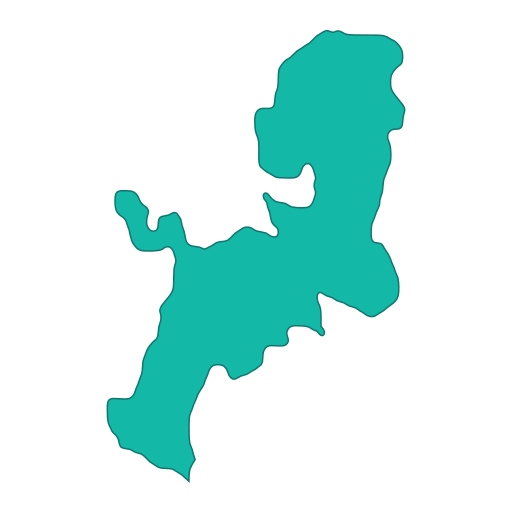 the district of Villa Tabara Arriba, Azua, Dominican Republic
{"feature_id": "3306468B57701305571020", "entity_name": "Villa Tabara Arriba", "entity_type": "district", "adm_level": 2, "iso_a3": "DOM", "parent_name": "Dominican Republic", "parent_adm1": "Azua", "projection": "equal_earth", "projection_center": [-70.922, 18.486], "detail": "fine", "context": "isolated", "style": "filled", "palette": "teal", "viewbox_px": 512, "rotation_deg": 0, "n_neighbors": 0, "source": "geoboundaries", "source_scale": "gbopen_adm2", "svg_char_len": 6075}
<svg xmlns="http://www.w3.org/2000/svg" viewBox="0 0 512 512"><path d="M379.4,205.3L379.9,199.8L382.4,191.6L383.3,182.7L383.9,179.0L386.2,173.2L387.7,169.0L389.7,164.3L390.3,162.1L390.7,159.6L390.9,154.5L390.5,148.0L389.8,144.4L387.8,138.8L387.6,136.7L387.9,134.4L388.2,133.5L389.3,131.8L391.3,130.1L393.2,129.4L398.7,128.9L400.4,128.1L401.1,127.5L401.6,126.7L402.3,124.8L403.3,116.1L404.7,110.5L404.6,108.6L404.3,107.6L402.8,104.9L394.8,94.9L392.4,91.3L391.1,88.1L390.7,85.7L390.6,83.4L390.6,79.7L390.9,77.4L391.5,75.1L392.4,73.1L393.5,71.4L395.4,69.1L397.4,67.0L400.7,64.4L401.8,62.8L402.3,60.8L402.7,57.5L402.5,54.0L402.2,51.6L401.4,49.5L400.5,47.6L398.6,45.0L396.6,42.8L394.4,41.0L391.0,39.3L386.7,36.7L382.9,35.6L378.8,35.2L354.7,35.0L349.5,34.8L345.5,34.1L340.8,31.6L338.4,30.9L336.8,31.1L334.0,32.1L332.6,32.3L327.7,30.7L326.0,30.8L323.6,31.7L317.4,35.5L315.8,36.8L309.8,42.8L305.0,45.8L301.3,48.4L297.2,50.9L290.4,57.4L286.3,59.9L284.8,61.2L281.9,64.4L280.1,67.2L279.1,69.3L278.8,70.6L278.4,74.3L278.2,82.0L277.9,85.8L277.5,88.3L275.8,93.2L275.3,95.3L274.5,103.0L274.1,105.0L273.7,105.9L272.5,107.4L270.8,108.1L269.1,108.4L262.3,108.4L259.4,109.2L257.9,110.3L256.7,111.8L255.7,113.7L255.4,114.8L255.0,117.1L254.8,119.5L255.0,127.4L255.6,131.3L256.2,133.5L258.0,138.4L258.7,142.2L258.9,147.4L258.8,159.4L259.0,161.9L259.7,165.3L260.7,167.0L264.7,170.4L266.9,172.0L270.2,173.8L274.8,176.6L276.7,177.3L279.8,177.7L289.3,178.0L292.4,177.9L294.5,177.7L296.4,177.1L297.3,176.7L298.7,175.5L300.4,173.2L302.6,167.4L303.6,165.8L305.7,164.0L306.5,163.7L308.3,163.6L309.2,163.9L310.8,165.0L312.5,167.4L313.3,169.3L315.3,176.1L315.6,178.0L315.5,178.9L314.3,183.3L314.1,185.3L314.3,187.4L315.5,191.8L315.5,193.7L315.1,195.5L313.2,201.3L311.8,204.0L310.6,205.5L309.1,206.7L307.3,207.4L302.6,207.8L297.7,207.7L292.1,207.0L290.3,206.3L286.5,204.1L284.8,203.3L277.8,202.1L275.8,201.5L273.4,200.0L270.6,197.4L268.3,194.4L267.1,193.4L265.6,193.0L264.8,193.2L264.0,193.8L263.5,194.8L263.3,195.8L263.6,197.8L264.4,199.4L266.7,202.3L267.6,206.8L269.7,212.7L271.0,219.4L271.6,221.5L272.5,223.3L273.7,224.8L277.3,228.1L278.0,229.9L278.3,231.8L278.2,233.8L277.8,234.8L277.3,235.7L276.6,236.4L275.8,236.8L274.2,237.0L271.7,236.5L270.0,235.8L267.1,233.7L265.5,232.9L256.3,230.9L254.7,230.1L251.7,228.2L250.1,227.5L248.2,227.1L245.5,227.2L242.9,228.1L236.0,232.6L234.4,233.9L230.0,238.5L227.5,240.3L224.9,241.2L219.3,241.9L217.5,242.3L215.9,243.0L212.1,245.5L205.4,248.9L203.9,249.0L199.5,247.2L191.3,245.9L188.8,244.6L187.5,243.3L186.4,241.6L185.7,239.5L184.2,231.8L182.2,225.9L180.7,219.1L177.2,213.8L176.6,213.2L175.2,212.6L174.4,212.5L172.8,212.9L168.4,215.1L161.8,216.5L160.2,217.3L159.0,219.0L158.5,221.0L157.9,227.4L157.1,229.4L156.4,230.1L154.9,231.0L153.2,231.2L151.4,230.8L149.8,229.9L148.5,228.4L147.5,226.6L146.8,224.4L146.6,222.1L146.8,218.7L148.4,212.4L148.4,211.5L148.0,209.7L146.6,207.5L143.2,205.0L141.3,203.0L139.8,200.6L137.7,195.9L136.5,194.3L134.4,192.4L132.5,191.5L130.4,191.0L126.2,190.7L122.1,190.7L120.1,190.9L118.3,191.4L117.4,191.9L116.6,192.6L116.0,193.6L115.6,194.6L115.2,196.9L115.0,200.5L115.1,204.3L115.4,206.8L115.9,209.2L116.7,211.4L118.4,213.8L119.7,215.0L123.4,217.6L125.3,219.8L126.2,221.5L127.9,226.7L129.2,230.1L129.7,233.1L131.6,240.4L133.1,243.5L135.1,246.2L137.3,248.6L139.0,249.7L141.9,250.7L144.8,250.9L151.9,251.0L158.9,250.4L160.7,249.9L162.4,249.1L165.2,247.3L166.9,246.8L167.7,246.7L169.5,247.1L171.0,248.1L172.3,249.5L173.3,251.3L175.7,258.9L175.9,260.8L175.6,262.7L174.3,267.4L174.0,269.8L173.5,286.4L172.8,290.1L171.3,293.2L169.4,296.0L162.4,304.6L161.2,306.4L160.0,309.3L159.9,311.2L160.9,315.5L161.0,318.7L160.7,320.7L158.9,326.6L158.0,334.5L157.6,336.5L156.8,338.4L156.3,339.1L152.9,342.1L150.1,345.2L148.2,347.9L147.1,349.9L143.7,358.9L143.1,361.0L142.8,363.3L142.3,370.4L141.7,373.8L139.5,379.7L138.1,383.9L136.1,388.6L134.3,393.6L133.3,395.3L132.0,396.8L130.5,397.9L128.7,398.7L124.8,399.0L113.0,398.5L110.3,399.1L108.8,400.2L108.3,401.1L107.6,403.2L107.3,406.7L107.5,416.9L108.1,421.9L109.1,425.1L112.1,431.3L113.2,432.7L116.3,435.7L117.8,438.1L118.5,440.0L119.7,444.9L120.6,446.6L121.2,447.2L123.5,448.2L129.6,449.3L131.3,450.0L135.2,452.2L140.5,453.8L142.2,454.6L144.6,456.5L149.8,461.8L158.4,467.3L161.3,468.1L169.4,468.6L171.4,468.9L173.3,469.5L181.9,474.9L188.9,481.3L189.2,473.7L189.5,471.3L190.0,469.1L191.7,465.3L195.1,459.5L193.6,454.9L192.1,449.4L189.9,443.5L189.5,441.1L189.1,436.1L189.0,425.8L189.2,419.5L189.6,415.8L190.3,413.6L192.2,408.9L193.6,404.7L196.1,399.1L197.7,394.9L198.7,392.9L203.4,385.3L205.7,379.1L207.7,374.4L209.1,370.3L210.1,368.5L211.3,367.0L212.8,365.8L213.6,365.4L216.4,364.7L220.1,364.8L222.8,365.5L224.4,366.6L226.3,368.8L227.2,370.6L229.0,375.4L230.7,377.6L232.1,378.7L233.0,379.0L233.8,379.1L235.6,378.9L240.8,376.1L246.1,374.5L247.8,373.7L251.6,371.3L255.6,369.1L261.1,364.7L262.0,363.0L262.5,361.1L263.0,354.5L263.6,351.2L265.0,348.5L267.1,346.6L269.0,345.9L270.9,345.6L280.0,345.9L282.9,345.8L284.7,345.4L286.3,344.4L287.4,343.1L287.9,342.3L288.3,340.5L288.1,338.8L286.9,334.7L286.8,332.6L287.0,331.5L287.4,330.5L288.3,328.8L289.6,327.4L291.2,326.4L293.0,325.9L295.8,325.7L301.8,325.9L306.0,326.3L309.1,327.2L313.7,330.0L317.1,331.2L319.4,334.1L320.7,335.2L322.2,335.6L323.0,335.4L323.8,334.7L324.2,333.8L324.4,332.7L324.4,331.8L324.1,330.8L323.3,329.2L321.0,326.3L321.0,315.7L320.7,310.5L320.0,306.9L317.7,301.3L317.1,298.1L317.3,295.1L317.7,294.2L318.2,293.3L318.9,292.8L319.7,292.5L321.3,292.6L326.1,295.6L332.3,297.7L336.9,300.6L343.9,302.9L348.5,305.6L355.6,307.9L360.1,311.0L363.3,312.8L367.0,315.4L369.6,316.4L371.4,316.6L373.3,316.5L375.1,315.9L383.6,310.6L387.2,307.6L393.4,303.0L395.6,300.8L396.9,298.9L398.2,295.6L398.7,291.9L398.8,286.7L398.5,281.6L397.9,277.9L395.5,272.1L394.1,267.9L391.6,262.2L390.5,259.0L389.6,256.9L388.0,253.9L384.4,248.4L383.0,245.8L381.9,244.4L380.5,243.5L374.9,242.5L373.4,241.8L372.1,240.3L371.7,239.2L371.3,237.0L371.1,233.4L371.2,229.6L371.6,225.7L372.1,223.3L374.5,217.5L376.3,212.4L379.4,205.3Z" fill="#14b8a6" stroke="#0f766e" stroke-width="1.5"/></svg>